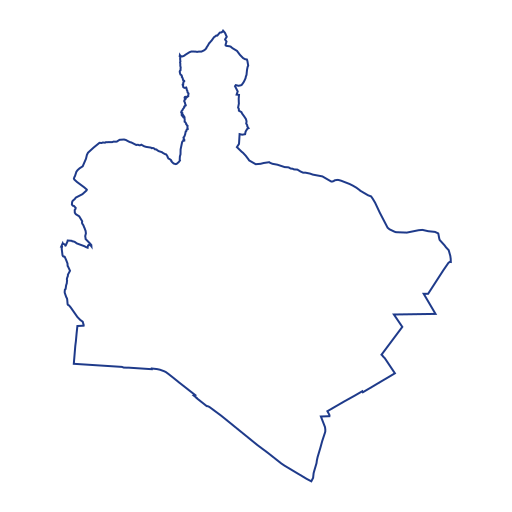 outline of Moacsa, Covasna, Romania
{"feature_id": "2599482B70686666792164", "entity_name": "Moacsa", "entity_type": "district", "adm_level": 2, "iso_a3": "ROU", "parent_name": "Romania", "parent_adm1": "Covasna", "projection": "orthographic", "projection_center": [25.941, 45.883], "detail": "fine", "context": "isolated", "style": "outline", "palette": "blue", "viewbox_px": 512, "rotation_deg": 0, "n_neighbors": 0, "source": "geoboundaries", "source_scale": "gbopen_adm2", "svg_char_len": 5869}
<svg xmlns="http://www.w3.org/2000/svg" viewBox="0 0 512 512"><path d="M450.8,262.0L450.7,258.8L450.3,255.9L448.7,250.2L445.9,247.2L444.6,245.4L439.7,240.0L439.3,238.8L438.3,233.6L438.2,233.4L435.0,231.9L428.2,231.2L422.5,229.9L418.7,230.2L406.8,232.6L396.4,232.2L395.6,232.1L394.3,231.6L389.5,229.3L387.6,227.7L379.8,212.7L375.1,202.7L372.7,198.7L371.1,196.4L368.1,195.3L360.2,190.7L359.9,190.3L356.4,187.7L352.8,185.6L349.6,184.0L341.1,180.7L338.6,180.0L337.5,179.9L335.9,180.1L334.5,180.4L333.7,181.1L332.3,181.5L331.2,181.5L322.4,176.4L312.8,174.6L310.0,173.6L305.6,172.7L303.2,172.7L300.5,171.5L297.4,169.6L294.0,169.4L292.5,168.7L290.9,168.6L289.6,168.0L288.9,167.5L288.0,167.3L284.7,167.1L277.4,164.7L272.5,163.8L270.2,162.9L269.2,162.2L263.7,163.0L260.6,163.8L255.7,164.2L249.1,160.4L248.5,159.4L245.7,155.7L243.0,152.8L241.6,151.7L236.9,147.1L239.0,143.9L239.6,134.1L242.2,134.7L245.1,134.2L245.6,131.6L246.3,130.4L247.4,128.7L248.5,128.2L247.3,126.4L247.2,125.2L246.2,123.5L246.5,122.0L246.5,121.1L245.9,119.0L244.1,116.3L242.2,113.7L241.4,112.1L238.9,110.7L238.8,108.8L238.1,107.6L238.9,103.5L238.8,102.3L238.7,98.7L239.0,94.9L236.6,94.6L237.7,91.4L235.0,86.2L235.8,85.1L238.5,85.8L240.9,85.3L241.7,84.9L243.5,82.4L244.5,80.5L245.5,78.3L245.9,76.4L246.5,74.9L247.0,70.0L247.6,66.9L248.2,65.6L247.4,61.0L246.9,59.5L245.1,59.2L243.1,58.1L239.9,54.8L237.0,50.9L232.7,48.3L231.5,47.4L230.8,46.7L229.7,46.3L226.6,45.9L225.7,45.5L225.5,45.0L226.5,41.5L225.1,39.6L225.4,38.8L226.6,37.1L226.7,36.5L226.2,35.7L225.3,33.5L224.8,32.6L223.1,30.7L222.5,31.8L222.0,31.9L221.5,32.4L219.8,32.6L217.4,35.5L217.0,35.7L216.3,35.5L214.8,36.7L214.0,37.2L211.5,40.7L210.5,41.7L210.1,42.4L209.3,43.0L207.7,45.8L206.4,47.7L206.3,48.3L205.3,49.4L203.8,50.5L201.4,51.6L198.8,51.6L197.1,51.9L195.5,51.6L191.4,51.5L189.5,52.2L185.2,54.9L184.4,55.6L182.6,56.4L181.8,56.4L180.4,55.9L179.9,55.1L179.7,56.4L180.4,57.3L180.1,58.8L180.4,61.6L180.1,62.1L180.1,62.8L180.3,63.4L180.3,65.9L180.7,67.5L180.5,69.3L180.6,70.0L180.4,70.5L179.9,70.9L179.7,71.7L180.1,73.6L180.5,74.6L181.4,75.1L182.0,76.3L181.8,76.9L182.1,77.4L182.7,78.2L183.0,79.9L183.3,80.4L184.1,80.7L184.3,81.1L184.2,81.4L183.6,81.8L183.3,82.5L183.2,84.4L182.7,84.5L182.6,84.8L183.0,85.5L183.2,87.0L184.3,87.8L184.9,87.9L186.2,87.5L186.5,88.2L186.8,90.0L187.3,90.7L187.6,92.5L188.5,93.4L188.3,95.3L187.9,96.0L188.1,96.3L186.5,97.5L186.3,97.3L186.2,96.8L185.3,96.8L184.9,97.0L184.6,97.5L184.7,98.1L185.7,98.5L185.4,99.3L184.6,99.9L184.2,101.0L184.3,101.5L184.7,102.1L185.0,103.0L185.1,103.6L185.4,104.5L185.8,105.2L185.6,105.6L184.6,106.1L184.2,106.6L184.3,107.3L182.7,109.4L182.4,110.3L181.6,111.1L181.3,111.9L181.2,112.4L181.5,112.7L182.3,113.0L182.3,113.3L182.1,113.7L181.7,113.9L181.7,115.2L182.3,115.9L182.7,115.7L182.9,115.5L182.9,115.1L183.1,115.0L184.4,117.0L184.1,117.2L183.6,117.0L183.3,117.2L183.4,117.4L184.0,117.6L184.5,118.2L184.7,119.6L184.6,121.7L185.3,122.2L186.2,123.6L186.2,124.3L186.6,124.6L187.1,125.5L187.6,125.9L187.4,127.1L187.8,129.1L187.7,129.2L187.3,129.2L186.8,129.4L186.5,130.1L186.3,131.1L185.7,131.5L185.1,134.5L184.3,136.6L183.5,137.5L183.9,139.0L184.3,139.7L184.3,140.6L183.9,140.7L183.4,140.3L183.3,140.8L182.6,141.3L182.1,142.2L180.6,149.4L180.5,154.3L179.9,156.4L179.7,159.5L180.0,160.4L178.8,162.0L176.6,163.9L175.6,164.1L173.6,163.5L172.2,162.2L171.3,161.2L171.4,160.7L171.0,160.1L169.5,159.0L168.4,158.5L167.7,157.3L167.6,156.6L166.6,155.0L166.0,154.3L165.0,154.1L162.5,152.7L162.0,152.2L158.6,151.1L157.1,150.1L156.5,149.5L154.9,149.3L154.5,148.8L153.8,148.3L152.8,148.0L151.7,148.2L150.9,147.6L146.2,146.9L144.2,146.3L141.3,144.7L140.4,145.2L139.4,145.3L138.1,144.8L136.9,144.8L136.3,145.0L131.2,142.4L130.4,142.3L128.6,141.5L125.7,139.9L125.0,139.8L124.1,139.5L119.6,139.8L116.8,141.6L115.8,141.7L113.6,141.6L112.3,142.1L105.8,142.2L105.0,142.7L102.9,142.5L101.6,143.0L99.5,142.8L93.7,147.5L88.0,152.7L86.9,154.9L86.0,158.7L82.7,166.3L79.6,168.3L77.7,170.0L76.4,171.7L75.0,176.0L74.3,177.3L73.9,178.7L74.4,179.6L76.9,181.9L84.3,187.4L86.8,189.6L86.6,190.4L82.4,194.2L75.8,197.6L74.7,199.1L72.7,200.8L72.1,202.1L71.9,204.6L72.8,205.7L74.0,206.0L75.7,207.9L75.5,208.9L74.7,210.0L74.8,212.7L75.8,214.2L79.2,216.3L82.2,221.3L82.0,222.7L82.2,223.5L83.4,225.3L84.3,227.7L84.7,228.3L84.9,229.2L85.6,230.9L85.9,233.4L85.2,236.1L85.5,237.8L85.6,239.0L89.9,243.4L91.3,245.0L91.4,246.3L91.1,245.9L89.2,244.6L88.1,245.4L87.7,246.8L87.6,247.7L85.8,247.0L84.4,246.2L76.8,243.4L74.9,242.0L73.7,241.5L72.3,241.3L71.7,240.8L67.7,240.5L67.4,241.7L65.7,245.5L65.4,245.6L64.9,244.6L63.7,244.0L62.9,243.8L62.7,243.3L61.2,246.7L62.0,246.8L61.7,248.7L62.5,255.2L63.0,256.2L63.5,256.6L64.1,256.5L64.7,256.8L66.1,259.9L67.3,263.0L67.5,263.6L67.6,265.6L67.8,266.3L68.0,266.4L70.0,270.8L67.9,274.7L67.9,275.9L67.1,278.0L66.9,278.9L66.9,279.7L67.1,280.7L66.9,281.7L66.8,283.2L66.1,285.4L65.6,289.0L64.9,289.6L64.7,291.4L64.7,292.7L66.2,297.0L67.0,298.5L67.2,299.5L67.6,304.2L68.0,304.9L69.0,305.4L70.6,307.3L77.4,317.0L80.2,319.9L82.7,321.7L83.7,325.1L83.6,325.7L77.4,326.0L76.6,333.4L75.9,341.1L75.3,345.8L73.8,363.8L121.9,366.9L123.8,367.6L129.3,367.7L151.8,369.2L151.8,368.5L157.1,369.1L159.9,369.7L164.3,371.3L165.9,372.1L168.5,374.0L177.8,381.4L178.6,382.1L195.1,395.0L193.7,395.5L196.7,397.9L196.6,398.1L206.7,406.1L207.5,406.1L209.3,406.9L221.2,415.7L257.3,445.0L267.9,452.9L281.2,463.4L284.6,465.7L306.7,478.9L311.3,481.3L313.1,477.9L313.6,473.3L314.0,471.7L316.5,463.2L316.9,460.3L317.6,457.1L320.4,447.7L322.2,441.1L325.0,432.6L325.3,431.3L325.3,429.4L325.0,427.1L320.9,416.5L329.4,416.2L329.5,415.5L329.3,414.7L327.4,411.2L344.3,401.4L354.6,395.7L362.2,391.3L362.3,391.7L362.8,392.3L394.9,373.3L384.8,358.2L382.7,356.1L382.6,355.6L381.5,354.7L402.3,326.9L393.9,314.5L435.5,313.9L423.7,293.8L428.1,293.8L443.5,270.0L448.4,262.9L449.7,261.9L450.8,262.0Z" fill="none" stroke="#1e3a8a" stroke-width="2"/></svg>